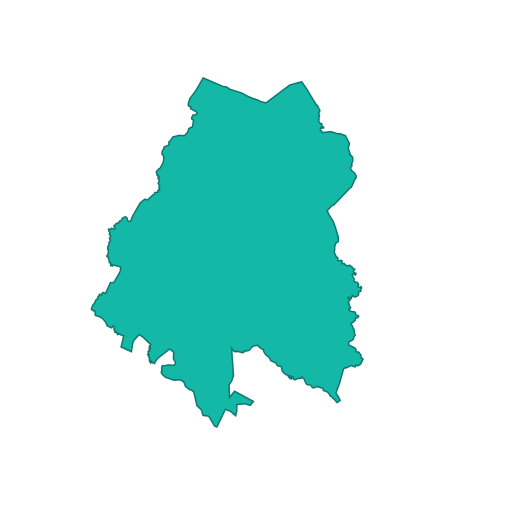 the district of Aizkalnes pag., Preilu, Latvia, rotated 313°
{"feature_id": "27541924B10227546219094", "entity_name": "Aizkalnes pag.", "entity_type": "district", "adm_level": 2, "iso_a3": "LVA", "parent_name": "Latvia", "parent_adm1": "Preilu", "projection": "mercator", "projection_center": [26.738, 56.2], "detail": "fine", "context": "isolated", "style": "filled", "palette": "teal", "viewbox_px": 512, "rotation_deg": 313, "n_neighbors": 0, "source": "geoboundaries", "source_scale": "gbopen_adm2", "svg_char_len": 6168}
<svg xmlns="http://www.w3.org/2000/svg" viewBox="0 0 512 512"><g transform="rotate(313 256 256)"><path d="M104.3,344.0L123.0,338.2L125.0,343.2L125.3,350.0L129.3,347.8L134.3,343.3L140.5,348.8L142.7,353.6L147.9,353.3L142.5,332.6L134.6,333.1L143.2,324.3L147.9,323.4L153.1,321.2L171.9,301.0L171.2,304.9L172.6,307.0L173.2,306.7L176.1,312.2L177.4,312.7L178.4,312.1L179.8,313.7L182.7,315.5L184.3,315.1L188.2,315.4L191.8,318.1L191.6,319.1L191.7,321.8L192.0,323.8L192.6,325.3L191.4,327.0L190.9,328.5L190.4,331.5L190.9,334.3L189.6,338.3L191.4,343.8L190.7,345.1L190.5,346.8L192.4,350.1L190.4,352.5L189.7,353.9L189.4,356.2L189.7,359.0L191.6,363.0L189.9,362.1L189.6,363.9L190.1,365.7L190.9,365.8L191.8,363.4L192.9,365.2L192.6,366.3L191.6,367.5L191.6,368.3L192.2,369.0L195.4,370.4L197.1,372.3L197.7,372.4L198.4,371.8L199.0,372.5L198.7,373.2L198.8,375.7L198.0,376.7L196.7,380.5L197.2,381.9L197.9,382.4L198.6,383.6L198.7,384.9L198.2,387.1L199.5,388.6L202.2,389.5L202.4,390.5L203.3,391.7L203.8,393.3L204.5,393.9L204.8,395.0L203.6,396.9L205.3,401.2L205.0,402.6L205.2,403.9L204.2,405.2L204.7,407.2L204.3,409.0L204.6,410.2L204.1,415.3L207.7,416.1L209.4,411.8L210.2,407.9L219.8,403.9L233.8,396.7L234.4,397.5L235.5,397.4L235.7,398.3L240.4,400.1L241.1,400.7L241.8,403.0L242.7,404.2L244.3,403.5L244.7,403.8L244.9,405.1L246.5,405.9L248.4,406.2L253.4,404.7L253.7,404.3L253.7,403.6L253.2,402.6L253.3,402.0L255.1,400.4L255.3,398.4L255.8,397.3L255.7,396.5L254.2,394.7L256.0,392.4L256.2,391.2L254.4,385.0L254.6,384.1L256.6,382.4L259.4,383.7L261.6,384.0L263.5,382.7L265.6,382.6L267.1,380.0L269.1,377.9L269.6,375.7L270.7,374.1L270.5,372.3L270.9,371.7L276.7,372.5L278.3,371.1L280.0,372.5L282.1,372.1L282.1,371.3L280.8,369.5L281.1,368.5L282.2,368.0L282.4,366.7L282.0,365.5L280.3,363.7L280.0,360.4L280.7,360.0L282.0,360.7L282.7,360.5L283.5,357.9L284.2,357.3L285.3,354.9L288.3,354.7L287.7,352.8L288.6,351.6L289.7,352.9L289.6,353.6L290.0,354.6L292.3,353.3L293.0,353.4L293.2,353.9L292.7,354.8L293.9,356.7L296.6,357.6L298.2,357.1L299.3,355.8L300.4,355.7L301.7,356.7L303.1,355.3L304.8,354.9L305.2,353.6L303.9,353.3L302.9,352.2L303.6,351.2L304.9,350.7L305.6,349.6L305.8,348.1L304.5,346.2L304.5,344.5L306.2,343.4L306.8,341.1L308.0,338.9L308.9,339.3L309.8,341.5L310.8,341.6L311.5,340.8L310.7,339.0L310.9,337.8L313.7,337.2L313.1,335.9L313.5,333.8L313.2,332.1L313.3,331.1L310.8,329.1L310.7,328.0L310.2,327.1L310.7,325.6L308.9,324.1L311.2,322.1L310.7,321.1L308.9,319.9L308.4,318.8L310.3,317.4L310.5,316.0L309.9,315.1L310.5,314.4L312.2,310.4L313.5,309.9L316.9,306.9L319.7,305.7L322.7,306.3L326.0,303.3L331.7,293.4L334.1,288.4L335.8,281.9L337.6,277.1L345.0,277.2L346.2,278.1L370.0,278.4L371.2,278.9L379.0,276.2L381.7,275.8L382.8,274.8L383.6,272.5L383.9,270.4L383.7,267.8L384.5,265.5L385.0,264.9L387.3,264.7L388.8,263.0L391.8,261.8L394.1,259.3L394.4,257.3L394.1,255.2L394.9,255.2L397.6,250.0L401.9,247.8L405.0,239.3L402.7,233.9L401.5,233.1L398.0,225.9L391.2,220.1L392.2,218.8L391.8,217.1L394.1,215.7L394.3,216.1L394.0,216.6L394.3,217.0L396.0,218.1L396.3,217.4L396.0,216.4L396.2,215.5L397.6,213.7L396.6,212.9L397.4,209.6L398.7,209.1L399.9,207.7L402.0,206.7L403.2,204.4L405.8,203.7L407.9,198.6L407.8,196.5L412.8,178.8L414.6,170.6L404.1,164.1L374.8,158.9L372.3,154.5L371.2,150.9L368.6,145.0L367.1,140.8L365.6,134.8L360.0,122.9L359.6,119.4L357.5,116.3L350.2,95.9L335.9,99.2L326.0,100.3L321.0,102.7L319.7,104.2L320.7,106.4L319.3,107.3L319.4,109.0L320.8,113.8L320.5,115.2L318.9,116.0L316.1,113.8L313.1,114.7L312.4,115.3L312.6,117.8L307.2,121.4L303.4,119.9L300.0,121.6L295.3,121.6L291.6,117.4L286.3,114.0L281.3,114.8L280.2,114.4L277.7,116.6L272.9,114.4L272.2,115.1L268.0,116.3L266.5,117.6L266.2,119.8L265.5,120.9L264.0,122.4L261.2,124.3L254.7,126.0L253.3,125.5L249.6,125.6L247.7,128.5L248.0,129.0L247.5,129.6L248.0,130.0L248.2,131.3L247.2,131.6L245.9,131.2L245.5,133.7L242.4,134.9L241.6,137.6L240.1,138.0L240.0,138.6L239.3,139.2L239.6,139.6L238.6,140.4L238.0,140.3L237.8,139.6L236.9,139.6L235.7,140.9L233.5,138.7L231.8,139.6L230.8,139.0L222.9,138.4L221.7,135.9L215.8,135.1L200.9,138.6L195.9,140.5L194.3,139.0L194.7,137.3L195.8,135.7L195.8,134.0L194.5,133.1L192.2,132.5L189.2,133.3L188.5,132.4L187.1,133.0L184.1,131.6L182.7,131.9L181.6,131.4L180.8,131.9L180.5,134.0L179.4,134.2L178.8,133.8L177.8,131.4L176.3,131.5L175.8,130.4L174.9,129.9L173.9,131.3L173.7,132.8L171.7,134.1L171.6,136.0L171.3,136.4L169.1,136.6L168.0,139.1L165.6,139.2L164.0,140.9L161.6,141.2L159.7,143.2L159.5,144.1L157.6,145.7L155.8,146.9L154.7,146.7L154.0,147.2L153.8,147.5L154.5,148.7L154.4,149.1L153.4,150.0L152.5,151.9L151.1,153.3L151.9,154.1L151.6,154.8L149.8,156.1L150.5,157.4L151.0,156.6L151.5,156.8L151.1,157.7L152.2,158.0L155.7,164.5L152.2,167.2L139.6,170.2L137.3,167.7L125.8,171.5L125.2,169.3L124.4,168.7L122.0,169.6L121.3,167.7L120.0,168.3L118.6,168.1L116.6,169.2L114.7,168.9L111.3,170.0L108.9,170.2L105.1,171.6L104.6,172.5L105.1,173.5L105.0,174.6L105.9,175.7L103.0,179.1L105.2,183.6L105.6,187.3L105.0,191.5L103.4,194.8L105.0,199.5L107.7,199.3L107.4,199.9L107.7,200.8L106.3,202.0L105.6,201.9L105.1,202.8L105.2,203.4L104.0,204.7L104.4,205.6L104.9,205.7L105.3,206.9L104.4,207.5L104.1,208.4L104.8,208.9L105.8,208.6L106.1,209.4L105.9,210.1L107.3,213.8L97.4,219.4L101.0,230.1L109.3,224.6L111.8,224.2L118.9,224.2L119.6,228.9L119.4,239.6L117.3,239.5L116.4,240.4L117.1,240.9L116.8,241.6L115.9,241.0L115.4,241.9L115.0,241.6L114.9,242.4L114.4,242.1L113.8,242.8L112.6,242.2L111.0,244.0L110.1,243.9L110.1,244.5L111.0,244.4L110.9,245.1L109.2,245.7L108.9,247.9L107.8,248.2L107.3,249.6L106.5,249.6L106.2,251.0L106.9,250.3L107.8,251.3L106.6,251.9L107.2,253.2L108.1,254.0L108.0,254.7L108.2,255.1L108.5,254.6L114.0,253.9L129.5,256.3L128.7,256.5L129.4,257.7L129.4,261.3L128.8,262.1L125.4,264.8L124.5,265.9L123.1,270.0L121.6,270.8L119.2,269.8L117.5,267.2L115.5,265.3L113.0,263.9L112.5,262.6L111.3,262.4L110.2,263.0L108.2,264.9L108.1,265.7L106.4,265.8L105.8,266.9L105.5,269.2L105.5,272.3L109.1,280.6L113.5,284.7L113.7,285.7L114.2,286.3L114.6,289.0L113.5,291.8L112.5,293.2L112.9,298.7L113.9,300.0L114.2,303.1L106.3,314.9L106.2,321.3L103.5,325.5L103.5,326.4L106.3,330.1L106.5,331.3L103.4,341.5L104.3,344.0Z" fill="#14b8a6" stroke="#0f766e" stroke-width="1.5"/></g></svg>